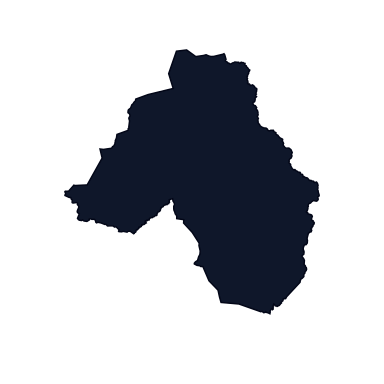 Machaze, Manica, Mozambique (Natural Earth projection), rotated 253°
{"feature_id": "85939544B88211826741163", "entity_name": "Machaze", "entity_type": "district", "adm_level": 2, "iso_a3": "MOZ", "parent_name": "Mozambique", "parent_adm1": "Manica", "projection": "natural_earth1", "projection_center": [33.202, -20.936], "detail": "fine", "context": "isolated", "style": "filled", "palette": "ink", "viewbox_px": 384, "rotation_deg": 253, "n_neighbors": 0, "source": "geoboundaries", "source_scale": "gbopen_adm2", "svg_char_len": 6053}
<svg xmlns="http://www.w3.org/2000/svg" viewBox="0 0 384 384"><g transform="rotate(253 192 192)"><path d="M229.4,70.5L227.3,70.7L226.6,70.4L226.3,69.6L225.8,69.5L222.7,73.0L222.2,74.4L220.3,74.5L219.6,75.0L218.9,75.0L217.0,74.3L216.6,74.5L216.2,75.2L215.7,78.4L214.9,79.3L213.4,78.7L212.1,79.4L210.6,79.4L207.9,77.1L206.8,76.5L205.9,76.5L204.0,77.8L200.3,74.8L198.8,75.3L198.0,76.0L197.0,78.0L197.3,79.3L196.3,79.8L195.8,80.4L194.6,82.9L195.3,85.6L196.1,85.7L196.3,86.2L196.2,86.8L195.1,88.3L194.5,90.5L193.4,91.3L191.1,91.2L190.4,91.7L190.5,93.1L190.2,93.8L188.9,96.1L186.5,99.1L186.2,100.4L184.3,101.2L183.0,105.7L182.4,106.9L181.2,107.5L180.9,109.3L177.9,110.8L177.6,111.2L177.1,111.3L176.0,110.3L175.5,110.5L174.5,113.1L174.5,114.4L174.3,115.1L172.6,118.2L173.1,119.1L172.8,120.8L172.3,121.6L169.3,123.9L169.5,124.1L169.3,124.7L170.0,125.2L170.1,126.3L170.7,126.9L171.4,127.1L172.1,127.9L171.8,128.7L172.3,129.3L172.7,130.5L173.8,130.8L173.6,132.1L173.9,133.4L174.9,134.2L174.9,134.7L175.4,134.6L175.0,136.8L175.7,138.4L175.8,139.2L176.6,139.0L176.3,138.6L176.5,138.1L178.1,139.1L177.6,140.2L177.7,140.6L178.2,140.5L178.3,140.8L177.9,141.7L178.1,142.2L177.8,142.8L178.9,143.5L179.3,144.3L179.4,145.9L179.1,146.8L179.6,147.4L179.5,148.5L180.3,150.1L179.9,150.7L180.0,151.5L181.9,152.5L182.1,153.0L182.9,153.6L182.8,154.6L183.1,155.6L183.8,156.4L184.7,156.8L185.9,158.0L186.2,157.9L186.4,160.0L187.3,161.0L187.5,161.8L187.4,162.6L187.8,163.3L187.9,163.6L187.2,164.3L187.8,165.3L187.7,166.3L188.7,167.0L188.8,167.5L190.0,167.5L190.4,167.9L191.3,168.0L191.3,171.5L188.8,171.2L186.9,171.8L185.4,171.6L184.7,171.4L183.8,170.4L181.1,169.6L179.3,169.4L178.6,169.7L175.9,169.6L175.0,170.1L173.1,170.3L171.0,169.6L167.9,176.1L164.8,174.9L153.3,180.4L140.9,183.9L138.7,183.0L133.2,182.6L130.0,181.3L128.1,179.4L124.9,177.3L124.2,174.9L123.2,173.4L122.5,173.2L120.4,175.3L119.2,177.9L118.2,178.6L117.6,180.6L102.1,182.3L90.5,188.2L83.4,187.6L77.9,187.5L71.2,204.1L57.4,222.8L57.4,224.1L55.6,225.3L55.5,226.6L56.0,227.5L55.3,227.7L54.0,229.7L52.8,230.9L54.3,231.7L55.3,231.8L57.0,233.8L57.0,234.6L56.0,234.7L56.3,235.4L57.3,235.6L57.2,235.1L57.5,235.0L58.2,236.1L59.1,236.1L61.0,237.4L60.6,237.8L58.7,238.3L58.3,239.5L57.7,239.9L57.7,240.4L58.1,240.8L57.9,241.6L58.1,242.4L59.0,243.8L59.7,244.1L59.5,244.6L59.7,245.1L60.4,245.1L60.9,245.7L61.4,247.1L63.2,248.1L62.9,248.7L63.2,249.3L62.7,249.9L62.7,250.4L64.2,251.9L73.9,268.6L74.4,269.2L75.3,269.3L76.3,270.3L76.9,270.5L77.2,272.0L78.4,274.2L80.5,274.8L81.5,276.3L82.8,276.8L83.4,278.1L84.6,279.0L86.2,279.2L87.2,278.7L88.2,278.8L89.9,278.0L93.7,279.5L95.5,279.3L98.5,278.3L98.9,278.5L99.8,280.7L101.8,281.6L102.5,281.3L102.7,281.6L103.1,281.3L103.4,281.7L104.5,281.6L106.0,282.0L108.6,284.0L108.7,285.0L108.3,285.3L108.3,285.7L109.5,287.3L112.0,288.3L113.3,288.3L114.4,288.7L118.4,291.2L119.3,293.3L119.0,294.0L119.2,294.4L120.4,295.3L121.7,295.0L122.4,295.3L122.6,296.1L123.4,296.6L123.8,297.5L125.1,298.2L125.5,299.1L126.7,299.9L127.5,299.8L128.1,299.1L129.1,299.4L129.7,298.5L130.4,298.2L132.1,298.8L133.4,299.9L134.7,299.8L135.5,299.2L137.2,296.5L138.3,296.6L139.0,295.5L139.6,295.5L140.3,296.7L142.3,298.0L143.4,298.2L144.2,299.0L145.1,299.0L146.8,300.4L146.8,302.1L147.9,303.9L148.0,304.7L148.4,305.5L146.9,308.2L146.9,308.9L147.4,309.9L148.2,310.6L150.2,310.7L150.8,311.4L151.0,312.3L151.8,312.7L155.0,312.7L156.3,313.0L157.4,312.7L159.0,313.6L160.7,313.9L161.5,314.5L163.6,314.5L165.1,314.0L165.2,311.7L165.6,311.4L166.4,311.6L166.8,311.3L167.6,309.6L168.4,309.1L168.4,308.2L169.0,307.6L171.6,306.5L173.1,304.2L174.0,303.6L173.9,302.6L174.7,302.5L175.3,302.9L176.3,302.8L176.8,302.4L176.9,301.8L177.3,301.2L178.0,301.0L178.5,301.3L179.3,301.0L179.9,299.4L181.1,298.7L181.6,297.9L183.4,296.9L183.3,296.0L184.6,294.8L188.5,293.9L189.0,294.3L189.8,294.3L191.2,293.4L191.8,293.3L192.8,293.9L193.8,294.0L195.2,295.4L195.4,296.6L197.0,298.0L197.6,298.2L198.5,297.9L200.5,299.4L203.6,299.0L205.7,297.5L206.4,294.8L207.2,294.0L209.8,293.0L211.0,293.1L211.7,293.8L213.3,293.6L214.2,293.1L215.4,294.0L216.1,294.0L218.0,292.0L220.0,291.0L221.0,290.8L222.8,289.1L223.4,289.0L223.9,289.6L224.2,289.6L226.0,287.7L226.6,288.0L227.2,287.9L228.0,285.3L227.8,284.3L227.9,283.6L229.0,282.5L230.1,282.5L231.4,281.6L232.5,278.9L233.1,278.6L233.6,277.7L235.6,276.4L237.0,276.3L237.4,275.9L239.8,275.4L240.4,276.0L241.7,275.8L242.7,276.9L245.3,276.6L246.4,277.8L248.0,278.0L248.9,278.4L251.0,278.4L252.5,277.6L253.1,277.7L253.8,278.5L256.0,277.8L257.2,276.2L259.1,276.2L260.0,276.7L259.9,278.0L260.2,278.4L261.8,279.4L263.3,279.7L264.3,281.6L265.2,281.1L266.2,281.1L266.8,282.2L267.8,281.8L269.1,283.0L271.5,284.1L272.1,284.0L273.6,282.5L274.4,282.7L275.9,281.9L276.8,281.1L276.6,279.6L276.8,279.1L278.5,278.5L278.9,277.3L279.9,276.9L280.2,277.5L282.0,277.8L283.3,277.4L284.3,278.3L286.0,278.0L286.4,278.9L287.3,279.2L289.0,280.9L290.6,281.5L290.8,282.2L291.7,282.9L292.6,282.1L294.6,281.5L295.3,280.9L296.8,280.8L297.7,279.7L298.5,279.6L299.0,280.2L299.5,280.3L300.1,279.2L300.8,278.8L301.0,277.9L301.6,277.3L301.7,276.8L301.6,276.5L301.0,276.2L300.9,275.3L301.2,274.9L302.2,274.8L302.6,274.2L302.9,272.8L303.3,272.2L303.8,270.7L303.4,269.5L303.6,268.4L303.2,267.4L303.2,266.0L303.5,265.4L304.6,264.9L304.9,263.9L306.1,263.6L306.9,262.6L307.5,262.3L308.1,262.4L308.9,263.3L313.6,263.4L314.9,263.0L314.7,262.0L315.3,252.4L316.1,249.6L317.2,247.8L319.1,245.6L319.2,242.8L320.4,235.2L329.4,228.4L331.2,218.3L312.0,204.3L296.5,204.3L298.0,178.4L297.3,165.4L295.6,164.5L294.9,162.9L293.5,161.3L293.0,160.0L290.2,157.8L289.3,155.4L288.8,154.9L287.1,154.1L286.5,154.0L285.3,155.0L283.4,155.1L282.4,154.6L281.7,153.6L280.7,153.1L278.3,153.1L272.7,150.6L271.8,150.6L271.4,149.6L270.5,149.4L269.6,148.6L269.0,137.1L265.7,135.5L263.6,133.7L262.4,133.4L262.1,133.0L260.5,132.3L258.8,130.5L258.6,129.9L258.7,129.3L258.0,128.8L257.4,127.7L258.6,119.8L260.0,116.6L250.7,116.0L229.4,93.8L232.5,81.6L233.1,81.1L228.8,74.1L229.0,73.1L229.4,72.8L229.3,72.1L229.8,71.1L229.4,70.5Z" fill="#0f172a" stroke="#020617" stroke-width="1.5"/></g></svg>